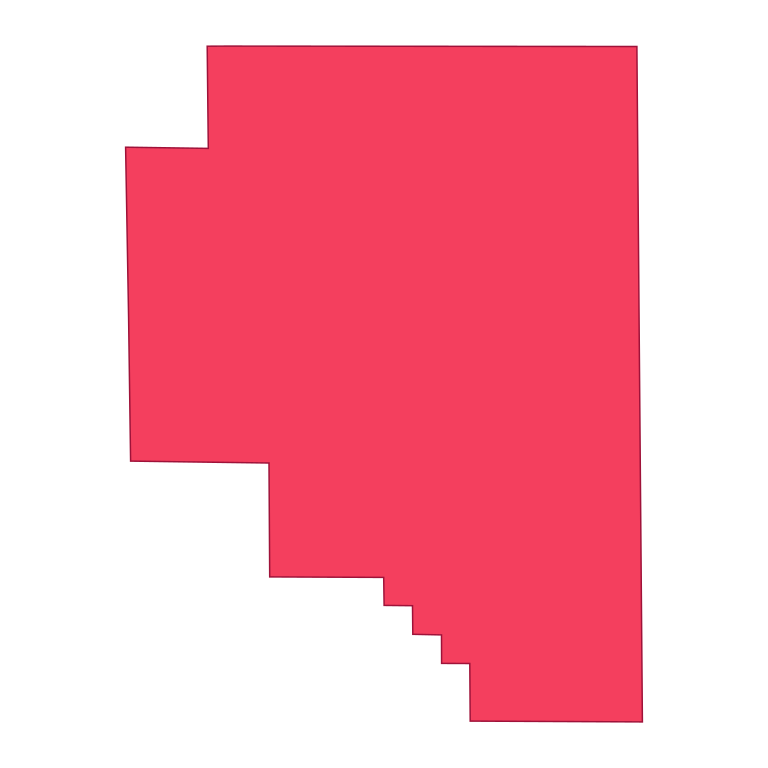 Moultrie, Illinois, United States of America
{"feature_id": "52423323B43589710426261", "entity_name": "Moultrie", "entity_type": "district", "adm_level": 2, "iso_a3": "USA", "parent_name": "United States of America", "parent_adm1": "Illinois", "projection": "orthographic", "projection_center": [-88.66, 39.62], "detail": "fine", "context": "isolated", "style": "filled", "palette": "rose", "viewbox_px": 768, "rotation_deg": 0, "n_neighbors": 0, "source": "geoboundaries", "source_scale": "gbopen_adm2", "svg_char_len": 368}
<svg xmlns="http://www.w3.org/2000/svg" viewBox="0 0 768 768"><path d="M226.7,46.1L207.2,46.2L208.3,148.4L125.6,147.2L128.6,318.1L130.6,461.1L269.0,463.0L269.7,576.9L383.7,577.4L384.1,605.4L412.5,605.7L412.8,634.3L441.5,634.9L441.6,663.4L469.8,663.5L470.2,721.1L642.4,721.9L639.1,321.2L636.9,46.5L226.7,46.1Z" fill="#f43f5e" stroke="#9f1239" stroke-width="1.5"/></svg>